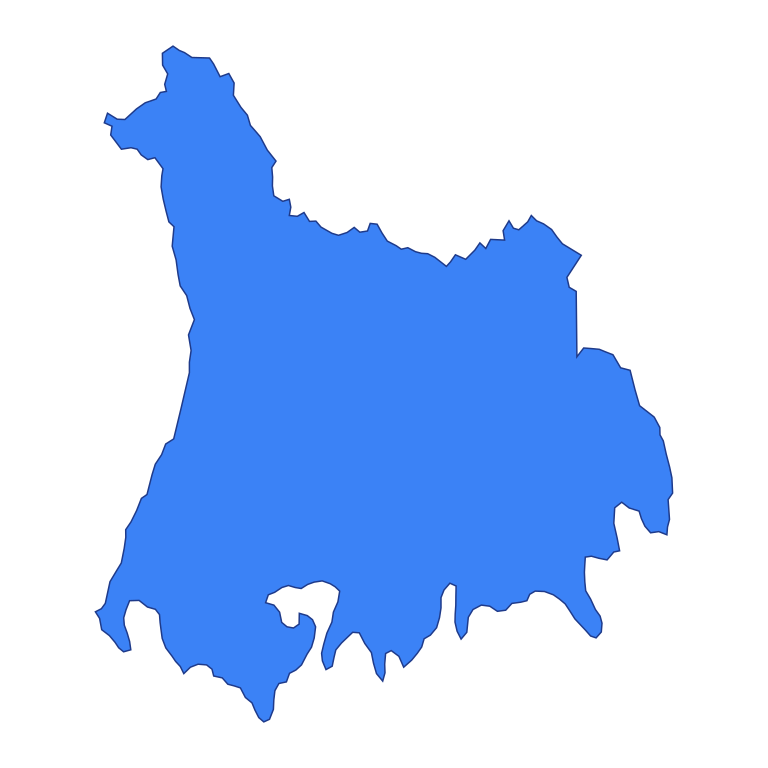 Antônio Olinto, Paraná, Brazil (Equal Earth projection)
{"feature_id": "56859067B14097519009978", "entity_name": "Antônio Olinto", "entity_type": "district", "adm_level": 2, "iso_a3": "BRA", "parent_name": "Brazil", "parent_adm1": "Paraná", "projection": "equal_earth", "projection_center": [-50.135, -25.945], "detail": "fine", "context": "isolated", "style": "filled", "palette": "blue", "viewbox_px": 768, "rotation_deg": 0, "n_neighbors": 0, "source": "geoboundaries", "source_scale": "gbopen_adm2", "svg_char_len": 3917}
<svg xmlns="http://www.w3.org/2000/svg" viewBox="0 0 768 768"><path d="M619.6,550.8L617.1,537.9L613.8,523.3L614.7,507.8L621.7,502.2L629.2,508.0L639.1,511.1L641.4,518.6L644.9,526.2L650.6,532.8L658.8,531.6L666.9,534.8L667.5,527.0L669.5,519.4L668.1,499.6L672.6,493.1L671.9,477.8L669.6,467.0L666.2,454.0L663.3,440.9L660.0,434.9L659.8,427.5L654.2,417.1L639.6,405.7L635.0,389.7L630.1,370.3L620.6,367.8L613.0,354.8L605.1,351.7L599.3,349.3L590.5,348.5L583.7,348.0L576.9,356.8L576.2,291.4L569.2,287.3L566.9,277.4L581.3,255.3L562.4,243.8L556.9,237.0L551.6,229.5L543.6,223.9L536.6,220.8L531.3,215.5L527.7,221.9L518.8,229.8L513.4,228.2L509.0,220.8L503.1,230.7L504.6,240.1L490.6,239.4L485.8,248.5L479.9,242.9L474.8,250.2L465.7,259.3L455.4,254.8L450.5,261.9L446.4,266.4L434.8,257.3L427.7,253.7L421.5,253.3L415.5,251.7L407.8,247.7L401.3,249.2L396.2,245.7L387.3,241.1L382.0,233.0L377.1,224.2L370.2,223.4L367.5,231.0L359.8,232.2L354.2,227.4L347.1,232.5L338.5,235.3L331.9,233.3L321.0,227.1L315.9,221.1L309.5,221.4L304.0,212.5L297.3,216.3L289.3,215.5L290.8,207.2L289.3,199.3L282.8,201.3L273.8,195.8L272.4,185.9L272.6,177.0L271.8,167.6L276.0,161.1L267.3,150.1L260.2,136.7L254.8,130.4L250.4,125.4L247.4,115.2L240.9,107.3L233.4,95.3L234.1,83.0L228.8,73.5L220.1,76.7L213.6,64.0L209.5,58.0L191.9,57.5L184.5,52.6L179.2,50.4L173.0,46.1L162.4,53.3L162.6,65.1L167.7,73.9L164.7,84.3L166.4,91.4L160.3,92.5L156.1,99.0L145.2,102.8L136.5,108.9L124.9,119.5L117.2,119.2L107.5,113.2L104.3,122.8L112.0,126.2L110.7,135.0L121.4,149.2L131.0,147.7L137.2,149.2L141.2,154.9L147.8,159.6L154.9,157.7L163.0,168.7L161.8,175.8L161.1,186.9L163.2,199.0L166.0,210.8L168.9,221.9L174.0,226.7L172.2,246.2L176.1,259.9L178.1,274.7L180.2,285.9L186.7,295.6L190.0,308.4L194.4,319.6L188.5,334.9L191.1,350.5L189.4,362.2L189.4,372.7L180.8,409.5L173.7,438.9L165.7,444.0L161.6,454.7L155.3,464.2L152.1,474.6L147.0,494.5L141.4,498.4L136.6,510.6L131.0,521.9L125.7,529.7L125.8,537.3L124.2,548.4L121.3,563.0L116.9,570.2L110.0,581.7L105.3,603.4L101.4,608.7L95.4,611.8L99.6,618.4L101.7,629.7L109.4,635.6L115.1,642.4L118.7,647.8L123.6,651.8L130.8,649.8L129.6,641.4L127.2,633.1L124.3,625.2L123.7,617.8L126.0,609.8L129.6,600.7L139.1,600.4L147.4,607.0L155.4,609.3L159.5,614.6L160.1,622.4L161.0,629.5L162.2,638.4L165.8,647.9L172.0,656.1L175.6,661.4L180.3,666.5L183.8,673.6L190.4,667.2L198.1,664.2L206.6,664.9L212.0,669.2L213.7,676.0L222.3,677.9L227.8,684.2L234.2,685.9L240.4,687.9L245.4,697.5L252.0,702.9L255.0,710.2L258.8,717.6L263.8,721.9L269.5,719.3L273.4,709.4L273.8,700.1L274.9,690.7L278.9,683.5L286.4,681.9L289.5,673.3L295.9,670.0L301.5,664.9L307.1,654.1L311.5,647.2L314.2,638.0L315.6,626.8L312.5,619.7L307.3,615.6L299.3,613.3L299.1,624.1L293.5,628.0L287.0,626.8L281.7,622.4L279.6,612.2L273.9,605.1L265.6,602.7L268.3,594.8L274.7,592.3L281.9,587.5L288.4,585.5L295.2,587.5L301.2,588.5L307.7,584.4L314.2,582.1L322.2,580.9L330.2,583.7L335.2,586.8L339.7,591.1L337.9,601.9L333.4,612.1L331.9,622.1L326.9,633.1L323.7,644.4L321.6,653.3L322.4,660.9L326.0,669.6L332.2,666.2L334.1,657.0L335.8,649.9L341.5,643.0L347.1,637.6L352.7,632.3L359.3,632.8L364.8,643.5L371.4,652.6L373.5,663.2L376.5,673.6L382.7,681.1L385.0,672.8L384.7,664.2L385.6,653.5L391.2,650.6L398.9,656.3L403.7,667.2L411.7,660.1L417.3,653.3L421.7,647.0L424.1,638.8L430.4,635.1L436.6,627.7L439.5,617.7L441.0,607.9L441.0,597.6L444.0,590.0L449.9,583.2L456.1,586.0L455.9,596.3L455.8,605.4L455.2,614.1L455.0,622.1L457.1,631.2L461.1,639.1L466.8,632.3L468.3,617.3L473.0,609.5L481.3,605.1L489.8,606.2L497.4,611.3L505.7,610.2L511.9,603.4L520.8,602.2L526.9,600.7L529.7,594.3L535.2,591.1L544.5,591.5L553.4,594.8L559.5,599.1L565.2,603.9L569.9,611.0L574.9,618.9L579.4,623.7L585.6,630.3L590.6,636.0L596.1,637.9L601.3,632.0L602.0,623.2L600.1,616.1L595.4,609.5L590.6,599.1L585.7,590.8L584.8,581.7L584.4,572.2L584.8,564.7L585.3,557.1L591.4,556.2L599.0,558.3L607.1,559.9L613.8,552.0L619.6,550.8Z" fill="#3b82f6" stroke="#1e3a8a" stroke-width="1.5"/></svg>